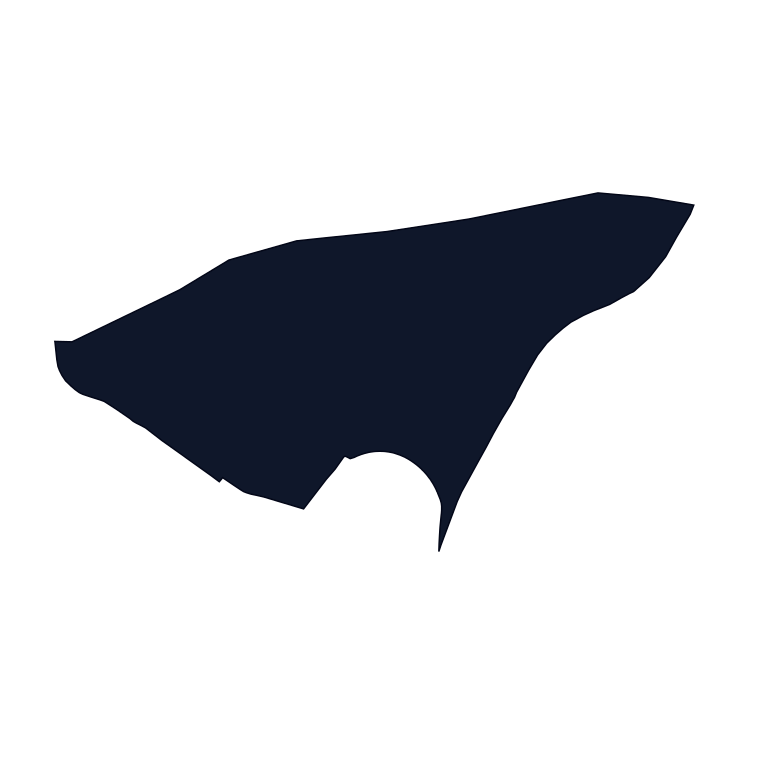 the district of Bulaq, Al Qahirah, Egypt, rotated 85°
{"feature_id": "37247803B29547542469056", "entity_name": "Bulaq", "entity_type": "district", "adm_level": 2, "iso_a3": "EGY", "parent_name": "Egypt", "parent_adm1": "Al Qahirah", "projection": "natural_earth1", "projection_center": [31.238, 30.062], "detail": "fine", "context": "isolated", "style": "filled", "palette": "ink", "viewbox_px": 768, "rotation_deg": 85, "n_neighbors": 0, "source": "geoboundaries", "source_scale": "gbopen_adm2", "svg_char_len": 2290}
<svg xmlns="http://www.w3.org/2000/svg" viewBox="0 0 768 768"><g transform="rotate(85 384 384)"><path d="M555.7,344.0L549.6,341.4L507.4,321.3L498.2,316.1L483.1,306.0L470.2,297.4L456.1,287.9L442.8,279.3L428.7,269.6L415.8,260.0L411.2,256.9L409.8,255.9L408.8,255.2L403.7,252.6L382.8,238.7L368.4,228.4L357.6,218.4L350.0,209.1L344.0,200.8L338.7,192.5L333.0,179.4L329.3,168.9L324.3,152.1L319.0,140.5L315.3,131.8L313.7,127.4L312.6,125.8L311.4,124.3L301.2,110.6L281.7,92.3L263.1,79.7L241.6,64.2L232.8,59.8L221.2,104.2L212.3,154.2L216.6,192.6L220.4,225.9L227.1,285.5L232.4,367.7L233.3,429.0L233.8,458.6L241.9,501.0L247.0,527.7L272.3,579.2L278.4,595.1L302.6,658.9L314.8,691.1L312.9,708.2L313.6,708.1L314.3,708.1L331.2,707.8L338.3,707.2L340.3,706.6L342.2,706.1L347.4,704.0L353.1,700.9L357.4,697.1L358.1,696.5L358.7,696.0L362.7,692.1L366.0,688.3L367.1,686.5L368.1,684.7L371.3,677.3L375.0,668.4L376.9,664.3L378.8,661.8L385.8,652.8L396.1,640.3L399.2,637.2L400.4,635.5L401.5,633.9L403.2,631.1L403.9,630.0L405.4,627.7L406.9,625.4L421.0,610.1L437.4,590.8L438.7,589.3L439.6,588.3L460.2,564.2L467.0,556.6L465.1,554.7L463.2,552.9L472.1,542.0L476.8,536.1L478.9,533.3L480.3,530.5L482.1,526.1L482.9,523.5L483.7,520.8L486.0,513.7L501.4,475.0L473.8,449.7L464.6,440.2L453.3,430.6L452.5,429.3L453.0,428.0L454.1,426.2L455.4,424.2L454.5,420.0L453.8,418.2L453.2,416.5L453.0,415.7L452.7,414.7L452.2,413.0L451.8,411.1L451.4,409.4L451.1,407.4L450.8,405.6L450.6,403.7L450.5,401.8L450.4,400.0L450.4,398.1L450.5,396.2L450.6,394.4L450.8,392.5L451.0,390.7L451.3,388.8L451.7,387.0L452.1,385.2L452.6,383.4L453.1,381.6L453.7,379.9L456.2,374.2L458.7,369.6L459.4,368.6L460.1,367.5L460.8,366.5L461.5,365.5L462.3,364.5L463.1,363.4L463.9,362.5L464.7,361.5L465.5,360.6L466.4,359.6L467.2,358.7L468.1,357.8L469.0,356.9L469.9,356.0L470.8,355.2L471.7,354.3L472.7,353.6L473.7,352.7L474.6,351.9L475.6,351.2L476.6,350.4L477.6,349.7L478.6,349.0L479.7,348.3L480.7,347.7L481.8,347.0L482.8,346.3L483.9,345.7L485.0,345.2L486.1,344.6L487.2,344.0L488.3,343.5L489.4,343.0L490.6,342.5L491.7,342.0L492.8,341.6L494.0,341.1L495.2,340.8L496.3,340.3L497.8,339.9L504.0,338.0L507.6,337.3L510.7,337.2L515.1,337.6L517.6,338.0L520.0,338.5L531.3,340.6L539.9,341.9L547.7,343.0L554.4,343.8L555.7,344.0Z" fill="#0f172a" stroke="#020617" stroke-width="1.5"/></g></svg>